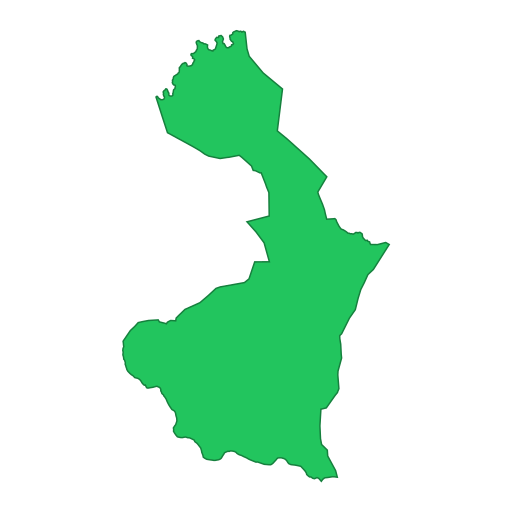 outline of Koko-Besse, Kebbi, Nigeria
{"feature_id": "59680162B63684780260143", "entity_name": "Koko-Besse", "entity_type": "district", "adm_level": 2, "iso_a3": "NGA", "parent_name": "Nigeria", "parent_adm1": "Kebbi", "projection": "natural_earth1", "projection_center": [4.329, 11.446], "detail": "fine", "context": "isolated", "style": "filled", "palette": "green", "viewbox_px": 512, "rotation_deg": 0, "n_neighbors": 0, "source": "geoboundaries", "source_scale": "gbopen_adm2", "svg_char_len": 5909}
<svg xmlns="http://www.w3.org/2000/svg" viewBox="0 0 512 512"><path d="M245.2,32.2L244.6,32.1L243.7,31.3L242.7,31.6L241.9,32.1L241.1,31.4L240.2,31.2L239.1,31.7L237.9,31.0L236.3,30.7L234.9,31.4L233.5,32.0L232.8,32.7L232.8,33.9L231.0,35.2L230.0,35.3L229.7,36.1L229.7,36.9L230.1,37.9L230.1,39.2L230.5,39.7L231.1,40.7L231.6,41.3L232.8,41.9L233.0,42.7L233.5,43.7L232.8,44.6L231.6,44.8L231.5,45.6L231.0,46.4L229.3,47.0L228.8,47.7L227.8,47.7L227.3,47.8L226.4,47.5L225.6,46.3L224.9,44.9L224.1,43.6L223.1,43.6L222.5,41.6L223.4,39.0L222.6,36.9L221.1,35.5L218.8,36.0L218.5,37.5L216.8,37.3L216.1,38.0L215.2,39.3L215.1,40.3L216.3,41.5L217.1,43.0L216.8,44.5L215.4,48.8L214.7,49.5L213.2,50.1L212.9,51.0L211.6,50.7L210.3,50.1L208.7,49.7L207.7,48.4L207.4,46.7L207.6,45.0L206.3,44.3L205.0,43.8L203.7,43.8L203.0,43.0L201.8,42.7L200.9,42.5L199.2,41.3L199.0,40.6L198.1,40.6L196.5,41.4L196.2,42.7L196.9,44.6L197.5,46.0L197.5,46.5L197.3,46.8L197.4,47.7L197.3,48.5L197.1,49.4L196.3,50.3L196.1,51.1L195.8,51.7L194.5,52.7L193.9,53.2L193.5,53.5L192.9,53.6L192.3,53.6L191.9,53.5L191.2,53.9L191.0,54.2L191.0,54.9L191.2,55.5L192.3,56.3L192.6,56.7L192.7,57.1L192.5,58.2L192.8,58.4L193.6,58.7L194.3,59.1L194.6,59.5L194.7,60.0L194.4,60.4L194.1,60.7L194.1,61.3L193.7,62.0L192.9,63.2L192.6,64.3L191.5,65.6L190.6,65.8L190.1,66.0L188.3,66.2L187.2,66.0L186.8,65.6L187.0,64.7L186.9,64.3L185.9,62.9L185.4,62.7L184.9,62.6L184.1,63.4L183.4,63.2L183.0,63.4L182.5,64.0L182.2,64.0L181.9,64.3L181.0,65.5L180.4,66.6L179.4,67.5L179.3,68.2L179.4,69.8L179.3,70.7L179.3,71.5L179.1,72.3L178.9,72.7L178.2,73.0L177.7,74.0L177.4,74.3L176.6,74.5L175.2,75.6L174.7,75.8L174.2,76.1L173.8,76.5L173.4,77.5L173.2,78.8L173.0,79.5L172.6,79.8L172.4,80.3L172.6,81.0L172.6,81.6L172.4,82.1L172.3,82.6L172.4,83.0L172.8,83.4L173.0,84.2L173.4,84.5L173.7,84.9L174.1,85.1L174.6,85.0L175.0,85.2L175.3,85.6L175.4,86.1L175.0,88.0L175.0,88.6L174.6,89.0L174.0,89.4L173.6,89.9L173.3,91.2L173.3,92.3L172.8,93.4L172.9,94.8L172.7,95.4L172.3,95.7L171.8,96.0L171.1,96.2L169.7,95.8L169.1,95.4L168.8,95.0L168.8,94.6L168.9,94.2L168.9,93.7L168.8,93.3L168.7,92.8L168.2,91.9L167.8,91.7L167.7,90.6L167.0,89.3L166.7,89.0L166.3,88.9L165.9,88.8L165.5,89.2L165.4,89.6L165.0,90.0L164.1,90.6L163.3,91.6L163.2,92.0L163.3,92.6L163.5,93.0L163.6,93.6L163.3,94.1L163.6,95.5L163.8,96.1L164.3,96.4L164.4,96.8L164.5,97.4L164.3,98.2L163.8,99.2L163.1,99.5L162.3,99.7L160.7,99.7L159.6,98.7L158.6,98.2L158.2,97.7L157.9,97.1L157.6,96.7L157.3,96.4L156.9,96.3L156.6,96.5L156.0,97.0L161.7,114.8L167.5,132.7L192.8,146.5L200.0,150.7L204.7,154.1L208.7,156.1L220.1,158.5L227.4,157.4L228.7,157.3L239.2,155.3L241.8,157.3L251.5,166.0L253.2,170.4L255.4,170.7L260.0,172.9L261.2,172.8L265.4,183.5L266.7,187.3L268.9,192.6L269.2,216.0L247.0,221.8L256.0,231.9L264.1,242.8L269.4,261.8L254.7,261.9L249.0,278.9L244.4,282.6L220.3,286.9L216.0,288.4L208.1,295.7L199.9,302.7L185.0,309.4L179.2,315.0L176.2,318.0L175.7,320.8L172.5,320.6L170.7,320.5L169.4,321.1L167.4,322.2L166.4,323.8L165.0,323.3L159.4,321.9L158.2,319.9L148.5,320.5L142.6,321.6L138.2,322.6L134.7,326.5L130.4,330.5L123.1,341.2L123.4,343.4L123.5,345.0L123.8,346.5L123.0,348.6L122.8,350.8L123.2,351.9L122.9,354.9L123.4,356.5L123.7,358.1L123.7,359.1L124.4,359.8L125.3,362.3L125.2,364.3L125.7,365.6L126.1,367.1L126.5,368.1L126.9,369.6L127.9,371.3L129.8,373.3L131.5,374.8L132.8,375.5L134.8,377.6L137.3,378.2L138.4,378.6L140.1,379.9L141.0,381.1L142.1,383.0L143.4,384.5L144.3,385.2L145.3,385.0L146.6,387.7L147.9,388.1L150.8,387.6L152.8,387.3L156.4,386.3L157.4,386.4L158.0,386.8L159.3,387.3L160.3,388.2L160.8,389.4L160.8,390.9L161.5,392.1L161.7,393.0L162.2,393.8L163.4,394.8L163.9,396.0L164.8,397.0L166.2,399.2L167.0,401.2L167.7,402.7L168.9,405.0L170.3,407.2L171.9,409.5L174.2,410.8L175.0,411.8L175.5,413.0L176.0,415.7L176.7,418.0L176.9,420.9L175.7,424.6L174.7,425.9L173.4,427.9L173.7,429.8L173.5,431.2L174.4,432.8L175.8,434.9L177.4,436.8L179.3,437.3L181.0,437.6L182.5,437.6L184.2,437.2L185.6,437.0L187.6,437.7L189.5,437.8L194.1,440.0L194.9,441.7L196.8,443.1L197.8,444.2L200.7,448.0L201.5,450.6L201.8,452.4L202.9,455.2L203.3,457.2L205.2,458.5L206.8,459.3L210.6,459.9L212.9,460.2L213.7,460.4L215.0,460.4L218.8,459.7L220.5,458.9L221.4,458.0L223.0,455.3L223.8,454.2L224.4,452.9L225.4,452.3L227.7,451.3L229.3,451.4L230.4,450.9L232.2,451.0L234.5,451.5L235.9,452.2L237.0,453.4L238.4,454.3L239.4,454.8L241.4,455.4L243.7,456.6L246.5,457.8L248.7,459.1L250.2,459.8L254.4,461.5L255.9,462.1L257.6,462.0L264.2,464.3L268.8,464.7L270.8,464.7L272.0,464.0L273.1,463.1L274.0,462.1L276.3,459.6L277.0,458.6L278.1,457.9L279.6,457.8L281.3,457.8L283.8,458.5L285.2,459.2L286.6,460.5L287.8,462.4L288.7,463.6L290.9,464.6L295.2,465.1L298.2,465.7L300.8,466.3L303.7,469.4L305.3,471.3L306.3,472.9L306.7,474.5L308.1,475.8L309.5,476.9L311.0,477.0L312.8,478.3L314.5,478.7L317.0,477.6L318.8,478.4L321.3,481.3L322.7,479.4L324.7,477.8L327.7,477.5L332.1,476.8L334.4,476.8L337.3,477.2L335.6,470.6L327.7,456.0L327.3,450.1L321.6,444.5L320.5,438.8L319.9,425.9L320.9,409.2L326.3,407.9L335.2,395.3L337.5,392.5L337.5,392.1L338.9,388.7L338.1,378.8L337.8,374.8L338.0,371.1L341.6,358.0L341.2,354.1L340.7,344.1L339.8,338.7L339.7,335.7L340.1,335.2L341.6,333.8L341.8,333.4L349.5,318.0L355.3,309.7L358.1,298.3L360.8,289.5L364.2,282.8L367.9,274.6L373.4,269.4L389.2,244.5L385.7,242.5L382.1,243.4L377.5,244.6L370.6,244.5L370.0,243.4L369.6,241.9L367.7,241.2L367.3,240.3L365.5,240.5L364.0,238.9L363.1,237.9L362.4,236.3L362.4,235.1L362.0,233.7L359.9,232.3L358.8,232.5L357.9,233.0L357.1,232.5L355.7,232.5L354.4,233.5L353.1,234.2L351.8,233.7L350.4,233.8L349.1,233.2L348.0,233.2L346.6,232.0L344.9,230.8L343.0,229.7L341.3,229.2L340.2,227.9L339.0,226.2L336.7,221.8L336.0,219.7L334.8,218.6L333.1,218.8L326.7,219.2L325.2,213.3L324.5,209.9L322.5,204.2L319.7,197.6L318.4,194.3L317.8,192.0L326.8,176.8L309.3,158.9L286.9,138.8L277.3,130.9L282.5,89.0L263.1,72.9L249.2,56.3L247.0,48.8L245.2,32.2Z" fill="#22c55e" stroke="#15803d" stroke-width="1.5"/></svg>